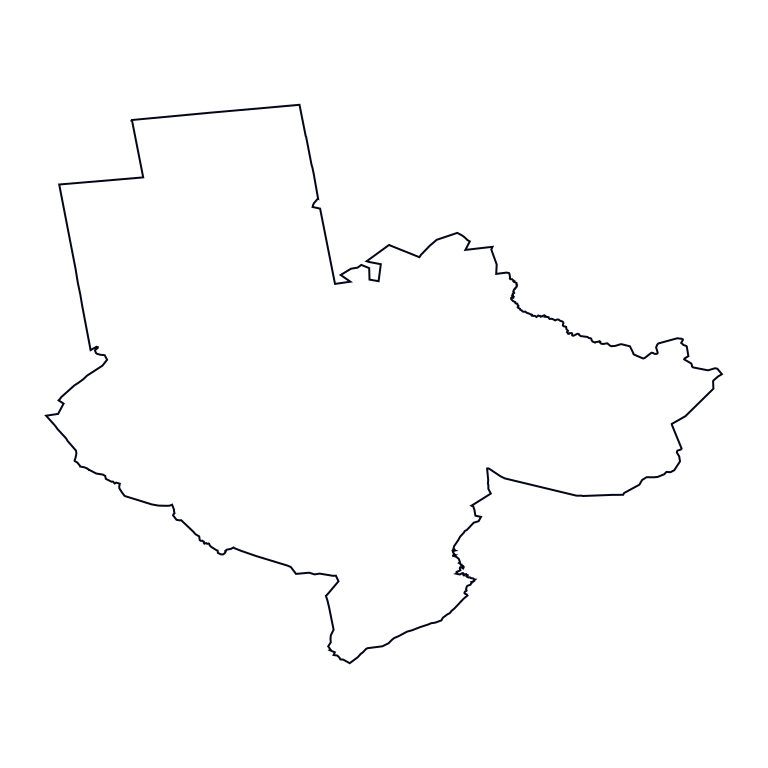 Cīravas pag., Aizputes, Latvia (Equal Earth projection)
{"feature_id": "27541924B26193226083198", "entity_name": "Cīravas pag.", "entity_type": "district", "adm_level": 2, "iso_a3": "LVA", "parent_name": "Latvia", "parent_adm1": "Aizputes", "projection": "equal_earth", "projection_center": [21.425, 56.745], "detail": "fine", "context": "isolated", "style": "outline", "palette": "ink", "viewbox_px": 768, "rotation_deg": 0, "n_neighbors": 0, "source": "geoboundaries", "source_scale": "gbopen_adm2", "svg_char_len": 6083}
<svg xmlns="http://www.w3.org/2000/svg" viewBox="0 0 768 768"><path d="M58.1,413.9L46.1,415.7L55.0,425.6L57.7,429.3L66.2,438.5L67.6,441.0L76.0,450.6L76.4,453.6L75.4,458.3L74.6,460.2L74.7,461.0L77.5,462.7L80.0,465.9L80.1,466.5L84.3,467.3L87.1,468.4L87.5,468.9L88.5,469.3L88.8,470.0L89.5,470.0L96.2,473.5L102.9,474.6L105.2,475.9L105.8,478.8L111.4,481.7L112.9,481.6L114.8,483.5L116.2,482.6L119.8,483.7L119.2,486.7L119.4,488.4L121.9,492.3L124.5,495.8L125.3,496.2L151.7,504.4L158.4,505.6L166.6,505.8L169.5,505.7L172.1,504.7L174.1,509.9L174.0,511.1L174.5,513.3L173.4,514.3L173.1,515.4L176.5,519.8L180.0,520.4L181.2,520.2L193.3,531.7L195.6,534.3L199.2,536.4L199.7,540.0L200.6,540.8L202.1,540.7L202.7,541.2L203.6,541.4L204.0,542.2L203.9,543.0L204.4,543.2L204.5,543.6L206.1,543.1L207.2,543.8L208.6,543.5L209.1,543.8L209.7,545.3L211.0,546.7L216.1,550.0L217.6,550.6L217.9,552.9L220.9,554.4L223.1,554.4L224.8,553.2L225.4,551.9L225.3,551.3L225.8,551.4L226.2,550.1L226.7,549.7L230.9,548.9L233.6,547.5L234.2,548.1L241.0,550.8L256.3,556.1L287.5,565.6L290.8,567.0L296.0,573.9L309.2,572.7L314.6,574.4L319.6,573.6L333.0,575.8L335.9,575.7L338.5,581.3L327.6,594.2L325.9,595.9L327.4,600.3L329.1,607.4L333.6,629.7L330.8,635.4L330.5,639.3L330.8,642.3L328.2,646.4L330.5,649.6L329.7,650.1L334.8,652.3L333.6,655.0L337.4,655.6L339.6,657.9L340.4,659.4L343.2,659.6L349.7,663.2L357.9,657.1L360.8,653.8L362.7,652.5L366.1,648.9L367.5,648.2L382.4,646.3L388.5,643.3L392.2,639.6L394.1,638.1L398.7,636.1L407.1,631.6L412.0,630.3L419.9,627.2L428.5,624.4L431.2,623.2L435.0,622.7L441.4,620.4L442.8,617.8L447.6,614.2L449.4,613.4L450.5,612.4L451.1,611.3L454.5,608.4L463.6,598.7L467.5,595.5L466.7,594.4L465.1,593.8L464.4,593.0L464.9,591.7L466.5,590.8L466.6,590.5L466.0,589.2L466.9,586.3L467.9,585.6L470.5,584.7L471.1,583.4L471.9,582.7L471.4,582.1L473.3,581.6L474.1,581.0L473.8,580.6L475.1,579.5L474.2,579.4L473.4,578.5L470.9,578.1L469.8,577.3L468.6,577.5L467.0,576.8L466.6,576.4L467.7,575.4L467.7,575.1L466.7,574.8L466.2,574.1L465.5,574.2L464.5,575.3L463.6,575.3L463.2,574.5L463.5,573.5L463.1,573.1L462.4,573.1L459.8,574.5L456.3,573.7L457.9,573.0L455.7,572.8L456.4,572.6L456.6,571.9L460.4,570.3L459.8,568.4L460.1,567.4L461.8,567.5L463.1,568.5L463.7,567.4L463.6,566.7L463.0,566.4L462.9,565.9L462.0,565.8L461.7,564.9L461.1,565.2L460.4,563.9L459.0,563.0L460.0,562.3L458.9,559.1L457.2,557.5L456.3,557.0L455.7,556.1L455.0,556.4L454.1,555.8L453.2,556.0L453.1,555.7L453.4,555.5L454.7,555.0L454.0,554.9L454.8,554.6L453.8,554.1L454.0,553.7L453.1,552.5L453.3,551.8L452.8,551.1L455.3,550.5L454.1,550.0L454.6,549.8L454.5,549.4L453.3,549.1L454.1,546.2L458.2,540.2L460.1,536.7L464.1,532.4L464.7,531.1L466.8,530.0L473.7,522.7L478.6,521.2L481.0,516.9L475.4,515.7L474.4,509.8L473.3,506.5L471.5,505.7L490.8,493.6L488.4,488.9L488.3,484.5L487.9,483.8L488.2,480.0L487.1,468.5L488.1,468.3L489.4,468.9L500.7,476.4L504.8,478.4L576.6,495.7L582.0,495.7L582.8,496.0L611.8,494.9L623.1,494.8L624.1,493.0L639.4,484.7L642.1,480.0L646.6,477.2L653.7,477.3L657.7,476.9L664.4,474.2L665.7,472.6L666.6,471.9L670.5,472.2L674.3,470.2L680.0,461.4L679.2,456.4L676.9,452.6L677.0,451.4L677.5,450.6L680.7,449.6L681.6,448.6L671.8,424.6L671.8,423.9L685.4,416.2L713.4,388.7L713.1,381.5L713.3,380.6L718.0,376.5L721.9,374.2L717.4,368.8L716.1,368.4L714.8,368.3L708.5,370.2L707.3,370.2L693.1,367.4L692.1,366.6L691.7,364.3L691.1,363.4L684.2,359.4L684.6,358.4L688.4,356.2L686.8,346.7L686.4,346.0L683.5,345.0L681.2,342.9L682.9,339.9L682.8,339.3L681.8,338.8L677.2,338.3L658.5,343.4L657.3,344.5L656.1,347.4L657.7,352.7L657.5,353.4L656.5,353.9L654.6,353.9L652.8,352.9L651.5,352.7L644.7,358.0L643.2,358.5L634.1,354.6L633.3,353.8L633.4,353.3L629.9,346.3L621.5,344.2L620.0,344.4L615.3,345.9L611.2,346.2L610.1,345.7L607.3,343.3L603.0,344.0L601.0,343.6L600.0,342.5L600.3,341.7L599.5,341.2L598.1,341.8L595.9,342.0L595.1,342.6L592.7,341.6L591.8,340.5L591.2,338.7L590.7,338.3L588.6,337.9L587.9,337.2L587.2,336.9L580.7,336.1L579.2,334.9L578.9,334.6L579.0,334.3L578.5,333.9L577.3,333.8L573.6,335.7L572.8,335.7L572.2,335.3L572.1,333.4L571.7,333.1L569.4,333.1L568.9,333.9L568.2,333.8L567.0,332.1L568.0,330.8L566.4,329.1L566.1,326.8L563.6,326.2L562.9,325.6L563.0,324.2L563.4,323.2L563.2,322.2L562.4,321.5L560.0,320.7L558.6,319.6L557.1,319.5L555.1,320.4L553.0,319.2L551.6,318.8L549.5,318.9L549.1,318.5L548.6,317.2L544.9,316.7L545.1,316.4L545.6,316.4L545.6,316.1L544.4,315.3L542.3,316.0L542.1,316.4L540.6,316.7L540.1,315.9L539.1,315.9L538.3,315.5L536.5,317.0L534.9,315.9L532.0,315.8L531.6,315.4L531.9,314.7L531.7,314.5L530.4,314.3L528.7,313.4L527.0,313.0L525.3,311.6L523.9,311.8L522.5,311.4L521.8,310.5L520.2,309.7L520.0,308.8L517.7,307.5L517.7,307.0L518.5,306.0L518.4,305.6L517.5,304.8L517.3,303.7L515.5,303.3L515.3,302.1L513.1,301.1L511.3,299.3L511.4,298.7L511.1,298.2L511.3,297.8L513.1,297.8L513.0,297.4L513.7,296.8L513.4,296.5L512.4,296.5L512.7,296.1L512.2,295.4L513.0,294.9L512.7,293.8L512.9,293.5L514.2,292.9L514.1,292.4L513.3,291.6L514.0,289.5L514.9,289.0L515.0,288.3L515.8,287.9L516.1,287.1L516.8,286.6L516.6,285.7L517.1,285.0L516.4,284.3L516.6,283.6L516.5,282.9L514.0,281.9L513.6,281.6L514.2,281.0L513.2,280.4L512.3,279.3L510.5,279.2L510.0,278.8L509.8,278.5L510.1,277.8L509.5,274.0L508.9,273.0L506.5,272.6L496.2,273.9L496.7,264.5L491.3,249.5L492.5,246.8L465.4,249.9L469.8,241.4L467.6,240.2L464.6,237.3L462.0,235.4L457.3,232.9L436.7,239.8L429.6,245.9L421.0,254.8L419.4,257.2L389.0,245.0L366.7,261.2L368.6,261.9L380.8,264.2L378.6,281.2L369.5,279.6L369.2,268.1L361.3,264.9L357.7,267.6L351.0,268.7L340.7,275.0L350.4,281.7L335.0,283.9L320.1,208.6L312.6,207.0L313.2,204.7L314.0,203.1L317.9,198.6L318.1,198.7L313.7,173.8L312.5,168.0L311.5,164.6L306.1,136.7L305.7,136.1L299.5,104.8L210.2,112.7L131.8,120.0L131.6,120.4L132.0,120.4L143.2,177.4L59.2,184.5L75.6,269.1L77.8,282.7L80.3,294.5L82.2,305.8L90.6,350.1L95.9,347.1L96.6,346.8L97.8,347.1L97.7,347.9L95.3,349.9L95.0,350.6L96.0,353.0L97.0,353.8L100.1,354.7L104.7,355.2L107.1,359.8L102.4,365.7L87.1,375.6L83.1,379.4L78.0,383.1L74.5,385.3L60.7,397.6L60.7,398.1L58.6,400.4L63.6,403.6L58.1,413.9Z" fill="none" stroke="#020617" stroke-width="2"/></svg>